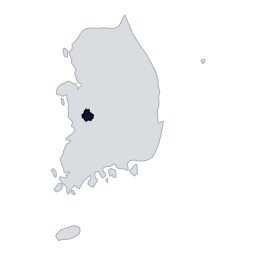 Nonsan-si, South Chungcheong, South Korea shown in context
{"feature_id": "91817680B11377751855609", "entity_name": "Nonsan-si", "entity_type": "district", "adm_level": 2, "iso_a3": "KOR", "parent_name": "South Korea", "parent_adm1": "South Chungcheong", "projection": "equal_earth", "projection_center": [127.164, 36.193], "detail": "fine", "context": "in_parent", "style": "filled", "palette": "ink", "viewbox_px": 256, "rotation_deg": 0, "n_neighbors": 0, "source": "geoboundaries", "source_scale": "gbopen_adm2", "svg_char_len": 3984}
<svg xmlns="http://www.w3.org/2000/svg" viewBox="0 0 256 256"><path d="M71.1,49.7L72.1,49.0L72.2,47.9L72.2,44.2L74.9,41.7L78.8,36.5L80.7,33.6L82.8,31.0L85.3,29.2L87.8,28.4L91.6,28.0L99.0,28.3L100.5,28.0L105.6,27.8L106.8,28.2L110.6,28.5L114.7,28.2L116.8,27.4L118.7,26.1L120.4,23.8L122.1,19.4L123.9,16.0L125.0,15.4L132.7,33.6L140.0,45.4L146.3,54.0L155.3,70.6L157.9,79.5L158.2,85.0L159.8,92.5L158.6,96.9L159.0,103.8L158.5,107.3L157.4,109.9L157.4,114.9L157.8,117.6L157.9,121.1L158.6,122.5L159.6,123.0L161.2,121.7L163.2,121.2L162.9,125.5L160.6,136.3L158.6,144.2L155.8,151.1L152.2,157.4L147.9,159.8L144.9,160.7L139.1,161.0L134.2,160.0L130.1,160.7L128.4,162.1L127.2,164.3L128.1,167.8L128.0,170.4L126.3,170.2L122.7,168.7L118.8,168.5L117.0,167.7L115.1,164.0L113.3,164.2L110.0,166.4L105.0,166.9L103.2,168.0L102.6,169.6L103.4,171.5L105.9,174.1L105.0,176.6L102.4,177.9L100.3,174.8L99.0,171.7L97.5,171.5L95.2,172.4L94.7,175.7L95.8,178.0L97.6,180.7L95.1,183.7L94.5,185.9L92.7,187.5L87.9,184.0L88.6,181.5L90.7,179.1L90.9,176.7L90.2,175.2L83.4,181.4L79.2,188.5L76.9,188.0L76.0,186.1L74.7,185.4L70.1,190.0L69.3,193.6L67.6,193.7L66.8,192.2L66.8,188.9L66.0,186.2L61.3,182.1L59.2,178.6L60.3,176.7L64.3,177.7L67.4,177.6L66.8,175.9L65.8,175.2L67.9,174.2L69.6,172.3L68.2,171.8L66.0,172.9L64.1,172.4L63.4,167.8L61.2,163.1L60.1,158.5L62.3,155.9L63.4,151.8L65.5,145.9L66.5,144.0L69.3,142.6L70.3,141.1L68.8,140.3L66.3,139.7L66.4,138.0L68.0,137.0L69.9,135.2L73.6,132.9L74.7,128.6L73.7,127.5L71.4,126.5L71.9,124.3L72.8,122.7L72.5,121.7L69.8,118.9L68.1,116.4L68.6,113.5L68.2,109.1L68.4,105.5L68.3,103.5L67.0,99.0L66.5,94.5L64.8,95.2L63.4,96.3L58.4,94.7L56.9,94.6L56.3,91.3L58.0,87.2L62.2,83.6L64.7,83.2L66.5,81.6L69.3,81.1L72.7,83.5L75.8,84.0L77.5,88.2L78.5,89.1L78.7,87.6L81.2,85.8L81.8,84.4L81.2,83.6L78.4,82.9L75.9,77.7L75.5,75.4L74.6,73.9L76.0,69.7L73.0,65.0L71.6,63.5L71.8,59.2L70.3,56.5L69.5,55.0L68.9,52.4L69.4,51.3L70.7,50.8L71.1,49.7ZM60.9,239.7L59.5,240.6L58.2,240.1L57.8,239.6L56.2,237.2L55.8,236.0L56.9,233.6L61.3,229.7L72.7,225.9L74.8,225.8L79.3,227.4L80.2,230.4L79.4,233.0L78.3,234.7L73.1,237.7L69.1,239.1L60.9,239.7ZM137.4,173.4L134.5,176.0L130.4,172.5L129.5,170.6L132.5,167.8L135.1,164.6L136.8,164.4L137.4,173.4ZM116.1,173.1L115.8,177.2L113.5,177.4L112.2,174.7L110.8,176.0L110.0,176.1L108.9,172.8L108.7,170.2L111.3,168.3L112.9,169.4L115.2,170.0L116.1,173.1ZM58.2,191.3L56.1,192.0L55.0,190.5L54.2,190.2L54.7,188.3L58.0,184.5L58.6,183.3L61.7,184.0L62.8,186.0L61.4,189.0L58.2,191.3ZM67.6,51.6L67.5,57.0L65.7,56.8L64.6,56.2L64.1,55.2L62.9,50.1L64.2,48.1L66.8,49.7L67.6,51.6ZM56.3,176.2L55.8,177.2L54.5,176.9L53.1,174.0L52.5,171.8L51.1,170.5L53.3,168.5L56.2,172.1L56.3,176.2ZM64.2,102.9L63.8,105.5L61.7,103.8L61.2,97.9L63.3,99.6L64.2,102.9ZM204.4,62.2L203.0,63.4L201.3,62.2L201.1,60.9L201.9,59.8L203.9,59.1L204.9,60.1L204.4,62.2ZM74.6,192.5L75.1,194.5L72.6,194.1L71.2,192.2L71.4,190.5L72.9,190.3L74.6,192.5ZM107.7,181.1L107.3,182.4L105.7,180.4L107.3,178.3L107.7,181.1Z" fill="#d9dde1" stroke="#a8b0b8" stroke-width="1"/><path d="M91.4,113.6L90.6,113.8L90.2,113.6L90.1,113.3L89.9,112.7L89.7,112.7L89.4,112.8L89.1,113.0L88.9,112.8L88.9,112.3L89.0,111.9L89.0,111.4L89.2,111.0L89.2,110.5L89.0,110.1L88.8,109.8L88.7,109.6L88.2,109.8L87.9,109.8L87.5,110.2L87.0,110.8L86.6,110.7L86.3,110.2L86.0,109.5L85.6,110.2L85.1,110.6L84.6,111.2L84.5,111.9L84.7,112.5L84.6,112.9L84.4,113.2L84.0,113.3L83.7,113.5L83.5,113.8L83.5,114.2L83.3,114.6L82.9,114.6L82.5,114.7L82.2,115.0L82.2,115.5L82.4,115.9L82.7,116.2L82.8,116.6L82.7,116.9L82.5,117.2L82.7,117.4L82.8,117.6L83.2,117.4L83.5,117.8L84.2,117.9L84.5,118.6L84.5,119.3L84.8,119.8L85.2,120.1L85.5,120.5L86.0,120.7L86.3,121.0L86.6,120.5L86.9,120.0L87.5,120.2L88.0,120.1L88.5,119.7L89.3,119.5L89.6,120.0L90.6,120.2L90.3,119.5L90.5,119.3L90.9,119.2L91.3,119.1L91.6,119.0L92.1,118.7L92.3,118.5L92.9,117.9L92.8,117.3L92.8,116.9L93.2,115.9L93.0,115.2L93.0,114.8L92.5,114.4L92.1,114.3L91.5,114.0L91.4,113.6L91.4,113.6Z" fill="#0f172a" stroke="#020617" stroke-width="1.5"/></svg>